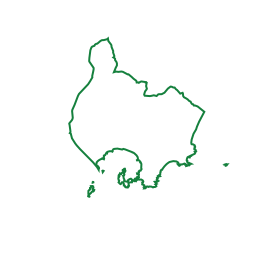 Cam Ranh, Khánh Hòa, Vietnam (Mercator projection), rotated 55°
{"feature_id": "81297802B88990967828920", "entity_name": "Cam Ranh", "entity_type": "district", "adm_level": 2, "iso_a3": "VNM", "parent_name": "Vietnam", "parent_adm1": "Khánh Hòa", "projection": "mercator", "projection_center": [109.22, 11.898], "detail": "fine", "context": "isolated", "style": "outline", "palette": "green", "viewbox_px": 256, "rotation_deg": 55, "n_neighbors": 0, "source": "geoboundaries", "source_scale": "gbopen_adm2", "svg_char_len": 5953}
<svg xmlns="http://www.w3.org/2000/svg" viewBox="0 0 256 256"><g transform="rotate(55 128 128)"><path d="M72.0,148.6L73.1,150.7L78.4,158.5L81.2,163.2L82.1,164.1L87.8,167.3L88.7,168.2L89.4,169.5L90.5,173.3L90.8,173.7L91.8,174.0L97.8,177.1L98.3,177.5L98.8,178.6L99.8,178.1L104.3,179.8L110.2,180.1L112.8,180.0L117.8,179.4L136.1,176.3L142.3,175.8L145.3,176.0L144.9,175.7L144.5,174.9L143.7,174.5L142.1,174.6L142.2,175.1L141.5,175.3L140.0,175.0L138.2,173.4L137.8,171.9L137.7,170.2L137.9,168.2L138.5,166.8L138.1,166.4L138.5,165.9L139.2,166.0L139.8,165.7L139.4,165.1L137.8,164.5L137.4,163.8L136.8,163.6L136.7,163.1L137.1,162.3L136.8,161.4L136.3,160.9L135.8,159.5L135.9,159.1L136.2,159.1L135.8,158.7L135.9,157.9L136.6,156.2L138.0,154.3L138.5,154.4L139.1,154.0L138.0,154.1L137.5,153.5L137.0,152.2L137.2,151.3L138.8,148.5L142.3,145.1L142.4,143.9L143.9,142.6L150.2,138.4L150.6,138.4L151.3,137.7L152.5,137.3L155.3,136.7L157.4,136.8L158.9,137.5L159.4,138.2L159.4,139.1L159.7,139.2L160.6,137.7L161.0,137.4L163.1,137.3L163.3,137.7L163.8,137.4L165.2,137.7L168.6,140.3L169.4,140.4L170.2,142.2L169.5,143.0L169.7,144.1L170.1,144.1L170.8,144.5L171.3,145.6L172.4,145.7L172.7,146.2L173.5,146.7L173.9,147.2L173.8,147.5L174.4,147.2L174.8,147.4L174.8,147.8L174.2,148.2L174.2,148.5L173.8,149.0L173.9,150.2L173.5,151.3L173.9,152.4L174.4,152.7L174.4,153.5L175.4,153.1L175.6,152.4L176.2,152.0L176.1,151.8L175.6,151.7L175.8,150.5L175.5,149.2L176.6,148.7L177.8,146.7L179.3,146.0L180.5,146.1L181.1,146.8L181.2,147.2L181.0,147.5L181.4,147.5L182.0,148.5L182.3,148.7L182.9,148.1L183.6,148.1L184.2,147.5L185.2,147.8L185.4,148.6L185.8,148.2L186.8,148.1L187.1,147.6L186.6,147.3L186.9,146.5L186.7,146.3L187.2,145.4L188.1,144.9L188.2,144.0L189.5,142.4L191.0,141.6L191.0,140.9L191.8,139.8L192.0,138.2L190.7,137.7L190.0,137.9L190.2,136.6L189.6,136.8L187.4,136.9L187.8,136.1L188.8,135.0L188.8,133.6L187.5,134.3L186.6,134.0L186.4,133.7L186.7,133.5L186.7,133.0L186.3,132.7L186.0,132.7L186.0,132.4L185.5,132.5L185.6,131.9L185.2,131.3L184.9,131.5L184.4,131.2L184.5,130.8L185.6,130.1L185.8,129.6L185.4,129.7L185.0,129.3L184.5,129.3L184.7,128.4L182.9,127.0L182.7,126.3L182.0,126.1L181.5,125.2L181.4,124.5L181.8,123.9L181.2,122.9L180.3,120.1L179.7,117.1L179.6,114.5L179.7,113.4L181.1,109.9L183.2,107.5L185.1,106.7L186.5,107.1L186.6,107.5L186.3,108.0L187.5,107.9L187.6,107.2L188.0,107.6L188.4,107.6L188.5,107.1L188.1,106.4L188.4,105.9L188.4,105.2L189.0,104.3L189.5,102.2L190.3,101.7L190.8,102.2L191.4,101.5L192.5,102.2L193.0,100.8L192.7,100.0L193.7,99.4L193.7,99.0L192.9,98.9L192.9,98.3L193.6,96.8L193.0,97.1L192.9,97.4L192.3,97.8L191.5,98.0L190.9,98.9L190.0,99.0L189.1,98.7L189.0,98.3L188.2,98.5L187.3,97.7L186.4,96.5L186.1,95.9L186.2,94.9L186.6,94.6L187.3,94.7L187.6,94.3L187.2,93.8L186.8,94.2L186.5,93.8L186.5,93.2L187.2,92.1L187.1,91.9L186.7,92.0L187.4,88.2L186.9,87.1L185.8,87.0L186.2,85.9L186.1,85.5L185.5,85.6L184.8,85.2L183.6,85.9L182.9,85.5L182.4,84.9L182.5,84.6L182.2,84.5L182.0,83.8L181.7,83.7L181.3,84.0L180.9,83.7L181.0,83.5L180.5,83.3L178.8,84.0L177.9,85.1L177.5,85.2L176.3,84.6L174.0,82.5L170.3,77.6L168.2,73.0L166.5,70.8L163.6,66.1L158.5,56.2L150.3,58.6L148.1,60.1L147.3,61.2L146.1,61.0L145.3,61.7L144.2,61.9L142.3,61.6L140.8,62.4L138.9,62.7L137.3,63.3L134.9,64.5L133.5,64.5L131.2,63.2L130.5,63.1L129.8,65.5L125.1,66.0L123.7,66.5L121.6,66.6L120.8,67.7L119.3,68.5L118.5,69.4L118.6,72.7L120.0,77.9L119.6,81.0L118.0,83.4L117.8,84.0L118.2,86.2L116.0,88.1L115.0,90.6L114.4,91.8L111.1,95.8L109.9,95.6L109.1,94.7L107.8,93.0L107.1,90.8L106.6,90.0L104.0,89.1L101.7,86.8L101.1,87.4L100.7,87.0L97.6,90.3L97.3,91.1L97.2,93.1L96.8,93.1L95.7,94.8L94.4,94.2L93.8,94.2L90.8,95.2L88.3,95.7L84.3,96.8L83.9,97.5L79.0,100.0L77.9,101.1L76.5,103.7L74.9,105.5L74.2,107.5L71.6,103.5L70.4,101.2L68.7,100.0L67.3,99.6L64.9,99.6L63.9,98.9L62.9,99.0L61.8,99.5L61.7,98.4L61.2,97.9L57.6,96.9L56.5,96.0L52.2,95.0L51.0,94.3L50.1,94.0L45.5,94.2L43.2,93.1L43.3,93.7L43.1,94.8L42.1,97.4L41.1,99.0L40.9,100.6L41.3,104.7L40.8,105.9L40.8,107.3L41.4,108.4L40.8,110.5L41.0,111.7L42.7,114.2L48.4,119.4L50.9,121.4L51.6,121.6L59.0,121.7L60.0,122.3L61.4,123.7L64.9,127.5L66.1,128.2L67.9,132.1L69.3,135.6L72.0,148.6ZM159.8,153.9L159.5,153.9L159.2,154.6L159.6,155.6L159.3,156.3L160.0,156.9L160.7,156.6L161.7,157.4L161.2,159.3L161.9,160.1L161.4,160.7L160.7,160.8L160.9,161.1L161.5,161.0L161.1,162.0L161.4,162.8L161.6,162.9L161.9,162.7L162.6,162.7L162.8,163.2L162.6,163.6L163.2,163.8L163.4,164.6L165.1,165.5L165.9,165.3L166.7,166.1L167.1,166.9L169.1,166.6L169.7,166.3L169.7,165.3L169.2,164.8L169.0,164.0L169.7,163.1L171.0,163.3L172.0,164.0L172.5,163.9L172.8,164.3L173.4,163.8L173.8,164.0L174.3,163.8L174.9,164.1L175.4,163.8L175.9,163.2L175.9,162.5L176.4,162.3L176.0,161.7L176.5,161.8L176.3,160.9L175.8,160.2L174.9,160.0L173.8,159.3L173.5,159.3L173.2,158.7L173.7,157.5L174.8,155.9L174.1,154.5L173.3,154.2L173.0,154.3L172.9,154.7L172.2,154.4L171.2,154.7L170.7,156.3L171.0,157.5L170.8,158.0L171.5,158.5L171.5,159.5L169.9,161.0L168.9,161.3L168.1,160.5L166.8,160.4L165.4,159.7L164.3,159.4L164.6,158.5L164.1,157.7L162.9,157.5L161.9,155.0L161.5,154.6L160.7,154.5L159.8,153.9ZM155.7,190.3L155.6,190.1L155.2,190.3L154.4,191.6L155.0,191.7L155.3,192.4L155.2,193.4L156.6,194.5L156.7,195.0L156.5,195.3L156.8,196.5L159.0,198.1L160.0,197.9L160.2,197.5L160.0,195.5L159.8,195.3L159.5,194.1L160.1,193.0L159.9,191.8L159.4,191.2L159.0,191.6L158.6,191.7L158.3,192.3L157.8,192.2L157.3,191.9L157.2,190.6L156.6,190.3L155.7,190.3ZM214.8,68.1L214.7,67.6L214.2,68.4L214.2,68.1L213.9,68.2L213.6,69.2L213.9,69.0L214.2,69.5L214.9,69.7L215.2,68.9L215.0,68.1L214.8,68.1ZM161.8,198.8L160.2,198.9L161.1,199.8L162.1,199.2L162.1,198.9L161.8,198.8ZM149.7,174.0L149.2,172.6L148.5,173.0L148.4,173.5L149.7,174.0ZM171.1,146.9L171.4,146.2L170.8,145.7L170.3,146.6L171.1,146.9ZM187.0,148.4L186.5,148.4L186.2,148.7L186.7,149.5L187.2,148.6L187.0,148.4ZM152.5,188.3L152.7,187.6L152.3,187.4L152.0,187.7L152.1,188.0L152.5,188.3Z" fill="none" stroke="#15803d" stroke-width="2"/></g></svg>